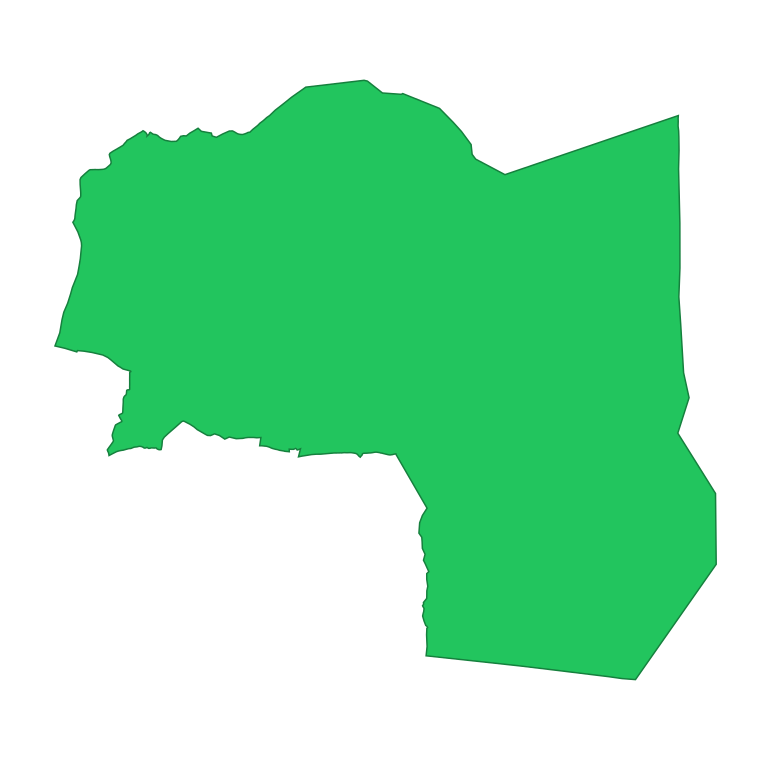 outline of San Jorge, Zacapa, Guatemala, rotated 268°
{"feature_id": "79465075B24520983200883", "entity_name": "San Jorge", "entity_type": "district", "adm_level": 2, "iso_a3": "GTM", "parent_name": "Guatemala", "parent_adm1": "Zacapa", "projection": "natural_earth1", "projection_center": [-89.603, 14.916], "detail": "fine", "context": "isolated", "style": "filled", "palette": "green", "viewbox_px": 768, "rotation_deg": 268, "n_neighbors": 0, "source": "geoboundaries", "source_scale": "gbopen_adm2", "svg_char_len": 4958}
<svg xmlns="http://www.w3.org/2000/svg" viewBox="0 0 768 768"><g transform="rotate(268 384 384)"><path d="M642.0,687.5L589.0,512.2L605.5,483.5L610.4,480.1L620.3,479.4L633.7,470.2L643.2,462.2L657.5,449.1L673.6,412.8L672.9,411.4L674.9,392.6L687.3,378.0L688.2,374.7L683.4,316.2L673.8,301.6L667.0,292.5L661.5,284.9L658.2,281.2L656.3,279.1L654.3,276.0L652.5,273.9L651.0,272.0L649.0,269.1L646.8,266.8L643.0,261.7L640.3,258.7L640.2,257.0L639.5,255.5L638.9,253.8L638.3,251.6L638.4,249.7L638.8,247.5L639.5,245.9L640.8,243.9L642.2,241.5L642.2,238.2L639.5,231.5L636.4,225.1L637.9,220.9L640.8,220.2L641.5,216.8L642.9,210.3L646.1,207.1L643.7,202.9L641.5,198.7L638.8,195.1L639.1,192.3L638.6,189.4L636.9,188.2L635.4,186.9L633.8,185.0L633.8,179.8L635.2,173.6L637.1,170.2L638.5,168.2L640.3,166.4L641.2,164.6L641.7,162.0L643.7,159.3L643.3,158.6L642.1,158.0L641.2,157.3L640.2,156.0L640.8,156.2L641.8,155.7L642.9,155.2L643.4,154.7L644.5,153.6L645.5,152.0L644.9,151.2L644.1,149.8L642.6,146.7L641.1,144.5L640.1,142.7L637.9,138.8L636.5,135.8L635.2,134.8L633.4,133.0L631.7,131.6L630.0,128.6L626.0,121.1L624.2,118.2L622.9,117.5L620.9,117.8L618.8,118.4L616.6,118.9L614.4,119.0L612.9,118.2L609.3,113.8L608.5,111.9L608.3,109.9L608.2,106.2L608.4,102.5L608.4,97.7L607.7,96.4L604.8,92.8L601.0,88.4L598.9,87.4L594.0,87.3L585.9,87.6L582.8,87.5L581.7,87.3L580.9,86.7L578.0,83.8L573.9,82.8L570.5,82.4L567.7,81.9L563.6,81.2L562.1,81.0L560.9,80.9L560.0,80.7L559.4,80.5L558.7,80.2L558.1,79.9L557.6,79.5L556.5,78.7L546.6,83.4L538.5,86.0L535.8,86.5L532.6,86.6L526.9,85.8L519.9,84.9L512.8,83.5L504.2,81.6L491.2,75.9L484.8,73.9L475.8,70.7L466.9,66.5L459.7,64.5L446.5,61.8L433.5,56.5L430.8,66.4L426.8,78.1L428.1,78.8L427.3,85.2L425.7,93.3L422.8,104.0L420.1,109.0L417.9,111.6L414.8,115.0L411.3,118.8L410.0,121.0L408.1,123.7L405.8,131.2L405.2,131.4L405.0,131.0L404.8,130.7L404.6,130.4L404.3,130.3L403.4,130.2L401.9,130.2L398.0,130.0L394.3,129.9L391.7,129.8L390.2,129.7L388.8,129.7L387.5,129.6L387.2,129.3L387.1,128.9L387.1,128.1L387.0,127.2L386.8,126.9L386.4,126.6L384.7,126.4L382.7,126.1L382.3,125.9L381.2,124.6L380.5,123.9L379.5,123.4L378.0,122.9L374.9,122.8L369.6,122.3L366.8,122.1L365.7,122.0L364.7,121.9L364.1,121.6L363.7,121.2L363.3,120.2L362.6,118.6L362.2,118.0L361.9,117.8L358.5,119.4L357.2,120.2L356.7,120.5L356.1,120.7L355.6,120.6L353.5,116.3L352.5,114.4L351.9,114.0L348.8,112.8L346.7,112.0L343.8,111.0L342.8,110.7L342.1,110.6L341.0,110.7L340.2,110.9L339.3,111.1L337.9,111.4L336.9,111.6L336.4,111.6L336.2,111.5L335.9,111.3L332.7,108.9L330.3,107.0L329.2,106.2L328.1,105.3L327.6,105.2L326.7,105.5L324.8,106.3L323.1,106.6L322.1,106.7L323.7,110.0L325.7,114.3L326.3,116.4L326.7,118.6L327.0,121.2L327.6,123.6L328.3,126.6L328.4,128.7L329.6,132.1L329.8,134.9L330.3,137.3L330.0,139.3L329.1,141.2L328.4,142.0L328.3,143.0L328.5,144.0L328.9,144.9L328.1,146.1L327.9,146.5L327.9,147.6L328.3,149.4L328.0,152.1L328.1,154.0L327.0,155.0L326.3,156.5L326.1,157.8L326.3,159.0L330.0,159.9L335.8,160.6L337.3,161.7L338.5,162.5L341.9,166.4L348.3,174.3L353.5,180.6L354.0,182.2L353.4,183.6L352.3,185.5L350.6,188.6L347.8,192.6L344.9,195.8L340.3,203.2L338.8,205.7L338.5,208.8L340.1,213.0L339.4,214.7L338.3,217.7L335.2,222.0L334.5,222.9L335.1,224.5L336.4,227.5L334.5,234.4L334.6,241.0L335.1,243.7L335.3,246.1L335.3,247.8L335.2,249.4L335.1,252.0L334.7,255.0L334.8,259.1L326.6,257.6L326.5,259.9L326.1,262.7L325.9,264.3L325.5,265.6L324.8,267.5L324.0,269.0L323.4,270.5L322.5,273.5L322.2,275.0L321.8,276.2L321.4,277.2L320.6,281.3L320.2,282.6L320.0,284.1L319.6,287.0L322.2,287.0L321.9,289.7L321.9,291.5L322.7,293.3L322.2,294.2L321.1,294.9L321.2,295.7L321.7,296.9L322.2,298.3L314.2,296.0L314.8,299.6L315.5,305.3L316.0,309.1L316.2,313.8L316.1,318.5L316.8,331.6L316.7,336.0L316.7,336.8L316.7,337.4L316.7,338.2L316.6,339.0L316.7,340.2L316.8,342.1L316.6,344.1L316.6,346.3L316.6,347.9L316.5,349.0L316.2,350.6L315.7,353.0L315.3,354.0L314.8,354.7L314.2,355.3L313.4,355.9L312.7,356.5L311.7,357.7L312.8,358.6L313.4,359.4L314.2,359.7L315.0,360.1L315.4,360.9L315.5,361.9L315.5,364.7L315.6,366.6L315.6,368.1L315.8,370.1L316.1,372.1L316.2,373.6L316.1,374.4L315.5,377.5L315.2,378.1L315.1,378.7L314.9,379.9L314.7,380.3L314.4,381.4L313.2,385.7L312.9,387.5L313.1,389.8L313.5,391.6L313.8,393.4L313.3,393.5L258.4,422.7L251.3,417.8L244.1,414.8L233.7,413.7L229.5,416.4L224.8,416.6L218.4,416.6L212.4,419.1L206.5,417.3L203.0,418.9L194.9,422.2L193.0,420.1L187.3,419.9L180.3,420.7L175.8,419.6L171.2,419.4L168.2,419.2L164.3,415.8L162.6,415.9L161.0,414.8L158.2,416.2L155.1,415.7L153.5,415.2L150.8,414.5L145.6,415.8L141.3,417.3L140.3,418.5L139.1,419.1L138.3,418.3L131.8,417.8L120.1,417.9L110.9,416.6L97.7,508.7L90.9,552.5L89.6,560.6L83.7,598.1L81.3,611.7L79.8,625.0L192.2,709.7L263.0,711.5L282.1,700.5L324.6,675.9L359.6,688.4L384.8,683.8L433.3,682.6L460.8,681.7L489.6,683.8L534.5,685.3L588.7,685.9L607.0,687.0L620.4,687.3L624.0,687.3L626.7,687.3L631.5,686.9L636.3,687.2L639.1,687.2L642.0,687.5Z" fill="#22c55e" stroke="#15803d" stroke-width="1.5"/></g></svg>